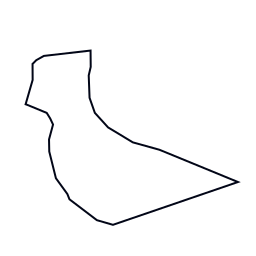 outline of Šalovci, rotated 166°
{"feature_id": "SVN-196", "entity_name": "Šalovci", "entity_type": "Municipality", "adm_level": 1, "iso_a3": "SVN", "parent_name": "Slovenia", "parent_adm1": "", "projection": "albers", "projection_center": [16.282, 46.821], "detail": "fine", "context": "isolated", "style": "outline", "palette": "ink", "viewbox_px": 256, "rotation_deg": 166, "n_neighbors": 0, "source": "natural_earth", "source_scale": "10m", "svg_char_len": 493}
<svg xmlns="http://www.w3.org/2000/svg" viewBox="0 0 256 256"><g transform="rotate(166 128 128)"><path d="M221.6,175.8L208.9,197.7L205.1,213.3L204.0,213.9L200.6,216.0L192.2,218.3L145.6,212.2L149.4,196.3L153.4,188.5L158.0,166.6L156.5,150.7L147.2,133.4L126.8,112.9L102.8,99.3L34.4,49.0L166.0,37.7L180.5,46.1L202.0,72.9L202.1,73.4L202.8,78.6L210.1,96.7L210.1,124.2L207.4,136.0L199.9,149.5L201.2,156.1L203.2,162.3L220.8,175.3L221.6,175.8Z" fill="none" stroke="#020617" stroke-width="2"/></g></svg>